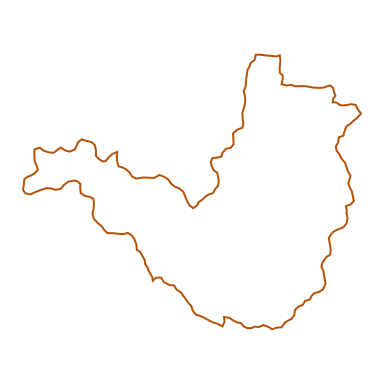 outline of Divino, Minas Gerais, Brazil
{"feature_id": "56859067B78256320871647", "entity_name": "Divino", "entity_type": "district", "adm_level": 2, "iso_a3": "BRA", "parent_name": "Brazil", "parent_adm1": "Minas Gerais", "projection": "albers", "projection_center": [-42.194, -20.579], "detail": "fine", "context": "isolated", "style": "outline", "palette": "amber", "viewbox_px": 384, "rotation_deg": 0, "n_neighbors": 0, "source": "geoboundaries", "source_scale": "gbopen_adm2", "svg_char_len": 3254}
<svg xmlns="http://www.w3.org/2000/svg" viewBox="0 0 384 384"><path d="M355.9,105.1L351.3,104.2L348.0,104.8L344.0,105.4L339.9,105.1L336.5,102.5L332.7,102.3L333.2,98.5L335.4,95.8L334.0,92.1L333.1,87.9L330.3,85.5L327.0,86.3L323.9,87.6L319.2,87.9L313.7,87.6L308.5,86.7L304.3,86.1L299.5,86.1L294.8,86.3L291.7,84.9L286.9,85.5L281.6,84.3L282.7,79.1L282.7,75.3L279.8,72.8L279.7,67.6L280.4,60.3L279.7,55.3L276.1,56.5L271.4,55.9L264.8,55.3L260.0,54.7L255.9,54.7L254.4,60.2L250.6,63.0L249.6,66.4L247.4,70.1L247.0,74.1L246.3,78.2L245.9,82.7L245.6,86.6L243.6,91.3L245.2,97.2L245.2,102.2L244.1,107.3L242.3,113.3L242.7,118.6L243.4,124.2L242.1,127.9L237.3,129.6L233.1,133.2L233.3,138.1L233.6,144.3L230.6,147.9L225.9,148.8L222.4,153.0L221.4,156.6L216.9,157.7L212.4,158.1L210.8,162.0L211.6,166.0L213.6,170.1L217.2,172.9L218.1,176.8L218.7,181.6L218.1,185.8L215.3,188.8L212.9,193.3L209.3,194.2L206.1,196.0L202.4,199.7L198.8,202.0L196.9,205.5L193.1,208.2L189.5,205.3L187.4,201.7L185.3,196.8L183.3,191.8L179.4,188.5L174.7,186.6L171.4,184.0L168.3,179.5L164.2,176.8L159.5,175.0L153.9,178.0L148.4,177.7L143.8,177.5L140.0,178.0L135.9,178.5L132.1,176.6L129.8,172.6L125.6,169.0L122.2,167.3L118.6,166.4L117.5,162.9L116.8,158.8L117.2,152.0L112.3,154.0L108.5,157.6L105.6,161.2L102.2,161.3L99.1,159.1L95.9,155.9L96.0,150.6L94.8,145.1L91.4,142.0L86.7,141.0L81.8,139.3L78.2,142.0L76.9,145.3L74.7,149.6L69.5,151.6L65.6,150.6L60.7,147.6L56.9,150.3L53.5,152.8L49.0,152.4L43.4,150.6L39.8,147.6L34.4,149.5L34.4,154.5L34.6,161.1L36.5,165.3L37.8,169.9L35.1,172.9L31.2,175.5L27.5,176.8L24.4,179.2L23.8,184.7L23.0,190.0L25.4,193.3L30.4,194.4L35.8,191.9L41.6,189.7L46.5,188.2L51.0,188.5L55.1,189.7L60.6,189.0L63.9,184.9L68.5,181.6L73.5,180.6L77.0,181.1L80.4,184.0L80.2,188.7L80.8,193.2L85.2,196.1L89.4,196.8L93.2,198.6L93.9,202.2L93.7,208.2L92.5,213.6L93.7,218.6L97.3,222.6L101.7,226.3L104.4,230.1L107.4,233.1L112.3,233.1L118.7,233.8L123.7,234.2L127.7,232.8L131.4,235.2L134.3,238.8L136.5,244.8L136.8,249.8L140.5,252.3L142.6,256.4L144.6,259.8L145.3,264.3L147.5,267.3L148.6,270.8L150.5,274.0L152.3,277.0L152.8,280.8L156.0,277.7L161.0,277.5L163.9,282.1L169.3,285.0L174.0,285.4L176.4,289.3L181.2,292.8L183.3,295.9L185.7,298.9L188.4,303.0L191.3,306.0L192.6,310.3L195.8,314.7L199.7,315.7L203.0,317.2L207.5,319.6L212.5,322.2L217.8,323.9L222.5,326.4L224.5,321.7L224.0,317.0L229.3,317.8L232.9,320.2L237.1,322.4L241.2,323.2L243.8,326.5L247.3,328.1L251.5,328.1L254.6,326.6L259.0,327.0L263.6,325.1L268.6,327.0L272.2,329.3L276.1,327.8L281.7,327.2L284.8,322.7L288.1,320.6L291.6,318.8L294.3,315.1L294.9,310.1L298.5,306.6L303.0,304.7L304.9,301.0L310.0,299.5L311.5,295.9L314.4,293.1L318.8,292.0L323.0,289.3L325.6,283.7L324.3,277.0L323.4,270.8L321.4,266.6L322.6,262.3L326.3,257.2L330.2,254.6L330.6,251.0L330.4,247.0L329.5,242.3L328.8,238.1L331.2,234.0L333.7,231.5L338.4,229.2L343.4,227.3L346.7,223.1L347.6,217.9L346.5,213.7L346.7,210.0L346.0,206.1L350.4,204.6L353.9,200.9L352.7,195.7L351.8,191.3L349.7,187.2L348.3,183.6L349.4,179.6L350.5,175.7L348.0,171.6L346.7,167.8L345.1,162.8L341.5,158.7L339.5,154.4L336.6,150.8L335.9,146.2L338.2,142.6L338.7,137.3L343.2,135.8L345.1,129.5L346.8,126.0L350.2,123.9L353.0,121.2L356.7,118.3L361.0,113.6L357.6,109.1L355.9,105.1Z" fill="none" stroke="#b45309" stroke-width="2"/></svg>